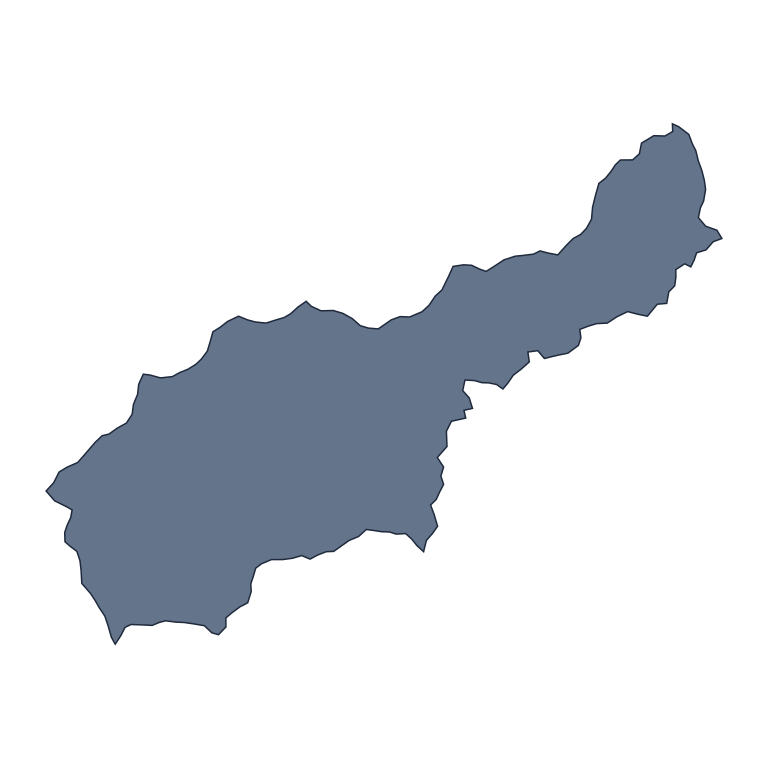 outline of Presidente Nereu, Santa Catarina, Brazil
{"feature_id": "56859067B86900242229400", "entity_name": "Presidente Nereu", "entity_type": "district", "adm_level": 2, "iso_a3": "BRA", "parent_name": "Brazil", "parent_adm1": "Santa Catarina", "projection": "robinson", "projection_center": [-49.337, -27.259], "detail": "fine", "context": "isolated", "style": "filled", "palette": "slate", "viewbox_px": 768, "rotation_deg": 0, "n_neighbors": 0, "source": "geoboundaries", "source_scale": "gbopen_adm2", "svg_char_len": 2750}
<svg xmlns="http://www.w3.org/2000/svg" viewBox="0 0 768 768"><path d="M143.3,374.2L138.7,384.3L137.6,394.3L133.5,404.2L132.1,414.4L126.4,423.1L117.6,427.9L108.9,434.1L102.2,435.7L95.2,442.3L86.0,453.0L77.7,462.5L67.4,467.0L59.1,472.0L53.7,482.7L46.1,491.0L54.6,500.8L66.3,506.6L72.1,509.9L70.7,517.6L67.2,525.1L64.7,532.5L65.0,541.8L70.3,546.4L76.9,551.4L80.0,560.9L81.1,570.6L81.8,583.4L90.7,593.7L95.2,600.6L99.5,608.1L104.8,616.0L108.0,625.4L111.4,637.3L115.2,644.2L120.6,636.0L125.1,627.3L131.1,624.5L142.3,624.9L152.2,625.4L159.4,622.4L165.6,620.8L175.7,622.1L184.2,622.5L193.2,623.8L204.4,625.7L211.8,632.8L218.5,634.7L225.9,627.0L225.9,617.9L231.5,613.1L240.0,606.8L247.7,602.8L251.2,591.6L250.8,583.8L253.3,576.4L255.7,568.2L261.6,563.7L271.5,559.6L282.4,559.6L292.3,558.3L301.7,555.6L310.1,559.1L317.5,555.1L326.3,551.7L333.7,551.4L341.8,545.6L349.2,540.4L358.6,536.5L366.3,529.5L373.3,530.4L381.5,531.7L389.6,532.0L396.1,534.1L405.7,533.6L411.7,539.1L417.3,546.0L423.6,551.7L426.4,540.4L432.4,533.6L437.6,526.3L434.2,514.7L430.6,505.0L436.2,499.5L439.4,492.5L443.6,484.4L440.9,476.1L443.6,467.0L437.3,457.5L447.0,446.5L446.4,431.3L451.4,421.3L458.4,419.7L465.7,418.1L464.0,410.3L472.5,408.4L469.2,397.9L462.7,390.6L465.0,380.0L474.6,380.6L482.0,382.7L488.9,382.9L496.6,384.5L502.9,389.0L507.8,383.2L513.2,375.3L521.2,369.1L529.3,361.9L527.9,352.0L537.8,350.7L544.4,358.5L552.8,356.4L559.8,354.8L567.9,353.2L578.4,345.4L580.9,337.9L579.8,329.4L588.7,326.0L596.8,323.6L607.3,323.1L617.2,316.6L627.7,311.6L637.6,314.2L647.4,316.2L657.3,304.2L666.7,303.4L668.8,291.9L674.7,285.8L675.9,277.1L675.8,269.6L684.7,263.8L690.8,266.9L694.1,260.2L696.6,252.8L706.0,249.9L713.2,241.7L721.9,238.5L716.9,230.2L705.6,226.2L698.4,217.6L700.4,207.9L703.6,201.1L705.6,189.5L704.3,180.1L701.8,170.3L698.3,160.8L695.8,150.6L692.4,144.0L688.8,134.4L678.7,126.7L672.4,123.8L672.7,131.5L665.0,136.0L653.8,135.7L641.5,143.1L639.4,153.8L632.6,159.9L620.4,160.0L615.4,164.8L611.2,171.1L605.6,178.1L598.9,183.4L595.7,194.5L592.6,207.1L591.5,219.2L586.5,228.3L580.7,234.4L573.3,238.4L566.3,245.4L557.8,254.9L547.9,253.0L540.1,250.9L533.6,254.1L523.4,255.4L515.2,256.2L504.1,259.8L493.6,266.7L486.1,271.4L479.4,269.0L471.7,265.3L463.6,264.8L453.1,266.4L448.6,276.3L441.9,290.0L435.3,296.0L429.1,305.2L422.1,311.7L409.6,317.0L400.1,316.6L391.2,319.9L378.3,328.9L368.5,328.1L360.3,325.7L352.3,318.6L342.9,313.4L333.3,310.5L321.0,310.8L311.3,306.3L306.2,301.3L297.9,307.1L290.7,313.7L284.2,317.5L276.1,319.9L266.0,323.1L255.4,322.0L247.6,319.9L238.5,316.2L227.5,321.5L220.1,327.3L212.9,331.8L210.4,340.9L207.3,351.2L201.2,359.3L195.9,364.3L187.8,369.3L179.8,372.5L172.4,376.6L160.5,377.9L149.9,375.0L143.3,374.2Z" fill="#64748b" stroke="#1e293b" stroke-width="1.5"/></svg>